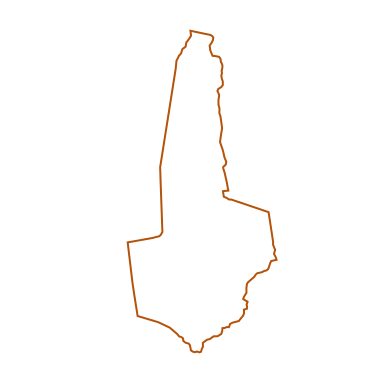 outline of Angicos, Rio Grande do Norte, Brazil, rotated 261°
{"feature_id": "56859067B90087900248405", "entity_name": "Angicos", "entity_type": "district", "adm_level": 2, "iso_a3": "BRA", "parent_name": "Brazil", "parent_adm1": "Rio Grande do Norte", "projection": "orthographic", "projection_center": [-36.539, -5.642], "detail": "fine", "context": "isolated", "style": "outline", "palette": "amber", "viewbox_px": 384, "rotation_deg": 261, "n_neighbors": 0, "source": "geoboundaries", "source_scale": "gbopen_adm2", "svg_char_len": 1903}
<svg xmlns="http://www.w3.org/2000/svg" viewBox="0 0 384 384"><g transform="rotate(261 192 192)"><path d="M78.0,118.9L68.7,138.3L61.5,148.8L54.0,155.2L51.4,156.7L50.4,158.8L48.9,160.2L46.3,160.1L44.2,162.0L42.8,165.0L41.0,166.0L35.7,166.2L34.2,167.8L33.3,169.9L33.7,171.9L32.5,174.1L32.8,175.9L35.6,177.2L37.4,178.6L41.3,179.1L43.7,183.6L44.0,186.7L46.1,190.7L45.5,194.6L47.2,198.7L50.0,200.1L52.8,200.8L52.6,203.1L53.2,205.0L52.7,207.3L55.7,209.0L56.6,211.6L57.0,216.0L57.3,218.1L59.8,220.8L61.8,223.1L64.0,224.4L67.7,224.9L68.1,227.9L70.1,228.5L72.2,228.3L74.9,229.7L78.3,225.8L80.5,227.0L83.9,230.0L88.6,230.7L92.7,231.9L94.2,233.4L98.6,240.4L100.2,241.7L101.6,243.8L101.8,248.3L102.7,250.9L102.9,253.3L103.9,255.1L105.7,256.2L109.2,257.9L111.4,259.4L111.8,264.9L114.9,264.4L118.1,263.3L121.9,265.1L124.2,264.5L127.4,263.8L129.7,264.3L160.1,264.5L178.4,229.6L178.9,227.2L180.7,225.4L182.3,222.7L188.0,222.7L187.7,228.1L189.9,228.0L195.6,227.9L202.0,227.5L206.3,227.2L210.0,226.6L211.8,226.7L213.9,229.7L216.5,230.6L220.9,229.5L226.0,229.2L228.9,228.9L236.9,227.5L242.8,229.2L250.2,231.7L257.6,231.9L262.8,231.9L265.8,231.3L268.3,231.9L270.6,232.2L274.4,231.8L276.2,232.2L278.7,232.5L281.0,233.3L283.5,234.0L285.9,233.5L287.8,232.9L289.6,234.0L291.1,237.4L292.9,239.2L296.4,239.7L299.3,239.2L302.4,239.2L304.8,240.2L307.0,240.2L309.7,241.3L311.7,241.8L313.6,241.7L316.0,240.9L319.0,241.0L321.2,239.9L322.5,236.7L323.3,233.6L327.4,232.6L329.2,232.2L331.8,232.3L333.8,232.3L336.3,234.7L338.5,236.3L340.9,237.2L342.6,236.6L344.2,234.9L347.8,225.3L351.5,215.7L346.5,215.5L344.1,213.4L341.9,211.3L340.7,209.8L336.5,208.4L334.7,204.9L330.5,202.8L328.6,200.4L327.0,199.4L324.1,197.2L316.7,195.3L310.2,193.2L221.4,164.4L207.1,162.6L157.1,156.5L154.5,154.4L153.4,152.6L153.1,148.7L152.8,146.3L152.3,120.6L147.7,120.4L111.6,119.0L99.1,118.9L78.0,118.9Z" fill="none" stroke="#b45309" stroke-width="2"/></g></svg>